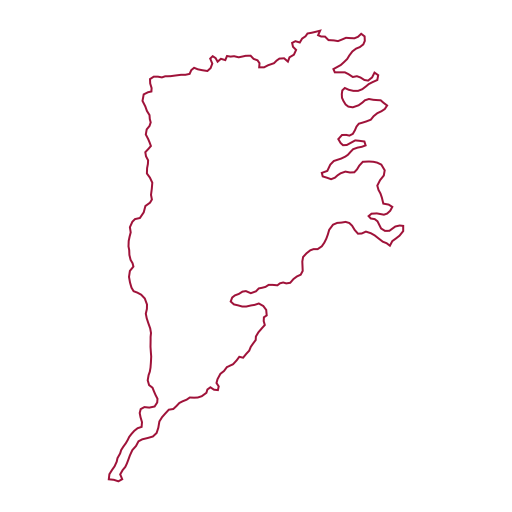 outline of Inimutaba, Minas Gerais, Brazil
{"feature_id": "56859067B29912856835593", "entity_name": "Inimutaba", "entity_type": "district", "adm_level": 2, "iso_a3": "BRA", "parent_name": "Brazil", "parent_adm1": "Minas Gerais", "projection": "mercator", "projection_center": [-44.274, -18.774], "detail": "fine", "context": "isolated", "style": "outline", "palette": "rose", "viewbox_px": 512, "rotation_deg": 0, "n_neighbors": 0, "source": "geoboundaries", "source_scale": "gbopen_adm2", "svg_char_len": 4986}
<svg xmlns="http://www.w3.org/2000/svg" viewBox="0 0 512 512"><path d="M389.9,245.7L392.3,241.1L395.9,238.5L399.5,235.7L403.2,231.1L403.2,225.9L399.7,225.5L395.3,226.5L392.0,228.9L389.4,230.8L385.0,230.9L381.1,228.5L379.2,224.7L377.5,221.3L374.7,219.1L370.8,218.5L368.6,216.1L371.5,213.7L376.8,213.4L380.7,214.1L383.9,214.7L387.1,213.6L390.2,210.8L392.3,206.9L388.7,204.6L383.3,203.6L381.9,197.7L380.5,193.6L378.5,189.9L377.3,185.6L380.1,180.1L383.8,175.5L384.7,170.3L381.3,164.6L377.1,162.6L373.5,161.8L368.9,161.5L362.8,161.8L359.3,165.6L357.0,169.4L354.3,172.3L350.0,172.5L345.4,171.6L340.6,173.3L337.6,175.3L334.9,177.7L331.1,179.2L326.9,177.7L322.7,176.4L321.8,172.9L327.3,170.9L330.3,164.6L333.8,161.0L337.4,159.8L341.1,158.6L345.3,156.6L347.9,154.8L350.5,151.9L353.1,149.2L357.6,147.6L361.8,146.8L365.6,145.4L364.4,141.5L359.3,140.8L355.2,140.4L351.2,142.6L346.8,145.0L343.0,145.2L340.6,143.0L338.3,139.1L342.0,135.0L346.2,134.9L349.4,135.6L352.8,133.9L354.9,130.3L356.5,126.6L358.8,123.7L362.3,122.7L366.1,121.5L370.8,119.7L373.6,116.2L377.3,113.2L381.5,111.2L384.8,109.0L387.1,105.5L383.3,102.6L380.7,100.3L377.3,100.1L373.3,99.8L368.9,99.0L364.9,100.3L362.5,102.5L358.6,105.3L352.8,107.3L348.3,106.6L345.6,104.5L343.4,100.9L342.0,97.8L341.8,94.1L342.3,90.4L344.8,88.0L348.8,89.8L353.5,90.9L358.0,90.9L362.3,89.2L366.1,86.3L368.7,84.1L372.6,82.1L377.3,80.0L378.2,75.2L374.5,72.6L372.1,77.4L368.1,80.6L364.4,80.0L360.5,77.5L356.9,76.2L352.8,77.0L348.4,74.1L344.8,72.3L340.6,72.3L334.8,72.3L333.4,69.1L337.4,66.9L340.8,65.0L343.9,62.2L347.2,59.0L349.3,55.5L352.4,51.4L356.1,48.6L359.8,47.1L363.3,44.4L364.8,40.9L364.6,36.4L361.2,33.8L358.0,36.8L354.4,38.3L350.1,38.1L346.0,37.8L341.8,39.6L338.0,41.1L333.8,40.4L328.5,40.1L325.0,36.6L321.1,36.5L318.1,35.2L320.1,30.7L315.7,31.8L311.9,32.7L307.5,33.5L305.5,36.3L302.1,38.6L299.8,42.5L295.4,41.2L292.1,42.9L293.0,46.8L296.1,49.9L293.9,54.7L289.5,57.3L287.9,61.6L284.1,58.3L279.4,58.6L276.6,60.6L274.0,63.2L268.2,65.2L264.1,67.3L259.2,67.3L259.5,63.2L257.5,60.3L253.6,58.9L250.6,55.7L245.7,55.8L242.6,56.5L238.7,57.3L234.1,56.2L230.5,56.6L227.0,56.0L225.3,60.1L220.9,58.8L217.6,61.7L215.6,58.1L212.7,56.2L210.2,58.6L212.3,63.6L210.6,68.1L207.4,71.0L202.2,70.2L197.8,69.3L194.1,67.8L191.3,70.1L189.6,73.9L185.4,74.8L181.0,74.8L175.5,75.5L170.3,76.2L165.1,76.3L161.9,77.4L158.1,76.7L153.7,76.7L150.0,79.1L150.2,83.5L151.6,88.1L151.4,91.5L148.1,92.2L143.7,94.4L142.5,100.9L145.3,106.4L146.9,110.9L149.5,115.1L149.8,119.1L150.7,122.4L149.5,126.0L146.7,129.4L145.8,134.5L148.1,138.9L149.5,142.2L150.9,146.0L148.4,148.9L145.3,152.2L146.0,156.3L148.1,160.3L147.9,164.0L147.1,168.1L146.9,173.5L149.9,177.6L152.3,182.7L151.8,188.7L151.0,194.9L151.9,199.5L150.0,202.7L145.4,206.0L143.7,212.4L139.9,218.0L135.0,219.1L132.4,221.7L129.9,227.2L130.7,232.4L129.6,236.6L128.7,240.9L128.5,246.4L129.2,250.1L129.4,255.0L130.6,259.9L132.6,263.3L133.4,266.6L129.9,270.9L129.0,276.9L130.0,282.5L131.5,287.7L133.6,291.2L137.3,292.6L141.2,294.7L144.8,298.5L147.0,304.5L146.9,308.9L145.8,313.7L146.7,318.2L148.3,323.1L150.2,328.4L151.0,333.0L150.6,336.9L150.6,340.7L150.5,346.8L150.9,352.7L151.2,356.6L150.9,362.6L150.5,367.7L149.8,371.7L148.6,375.1L147.7,380.3L149.1,385.1L152.5,387.7L153.9,391.2L155.5,394.9L157.5,398.8L157.2,402.5L154.6,406.5L149.3,407.6L144.4,407.1L140.7,409.1L139.7,413.0L140.5,417.1L142.0,422.2L141.6,426.9L137.6,428.2L134.3,430.8L131.6,433.8L129.2,436.9L127.7,440.0L125.9,443.1L123.3,446.7L121.2,450.0L120.1,453.5L117.5,458.1L116.7,461.7L114.6,466.3L112.0,470.0L109.4,474.2L108.8,479.3L113.8,479.8L118.4,481.3L122.2,479.2L120.2,474.4L122.7,470.0L125.3,466.9L126.9,463.5L128.3,459.8L129.9,455.4L132.4,450.0L136.0,446.0L138.5,441.3L142.3,439.3L147.7,438.0L152.9,436.5L156.6,433.0L158.3,427.8L159.4,421.4L162.1,417.1L165.1,413.7L168.8,409.7L173.3,409.0L176.5,406.0L179.3,403.0L182.6,401.3L186.6,399.7L189.8,397.5L194.1,397.7L197.8,397.5L201.8,396.2L206.4,392.8L207.4,389.5L210.4,387.3L214.0,389.7L217.9,390.1L218.7,386.4L216.5,383.0L217.5,379.2L220.4,373.8L224.0,371.0L226.9,367.1L233.1,364.2L236.7,360.3L239.3,356.8L243.1,357.7L246.3,353.8L249.2,350.7L250.8,346.8L253.1,343.5L255.7,340.0L255.9,336.5L258.4,332.3L262.0,328.1L264.8,325.0L263.7,321.1L263.9,317.3L266.7,315.4L266.2,309.9L263.3,306.0L258.8,303.5L254.6,304.9L251.2,305.4L246.4,306.5L242.1,306.5L238.2,305.4L233.9,304.4L230.7,301.5L232.2,297.5L234.9,295.4L238.9,293.9L242.5,291.6L245.9,291.1L250.8,293.2L256.0,291.3L258.8,288.4L262.0,287.8L265.5,286.9L268.6,284.9L272.9,284.9L277.4,285.3L280.0,283.3L283.2,282.5L286.3,283.4L290.2,282.8L293.5,279.0L297.0,276.4L300.7,274.7L302.7,270.9L302.5,266.1L302.3,261.5L303.1,257.0L306.5,253.3L310.3,250.3L313.6,249.1L317.7,249.1L321.8,246.3L324.3,242.7L326.3,238.7L327.8,234.6L329.2,229.8L333.0,224.7L337.2,222.9L341.4,222.6L345.6,221.9L349.3,223.0L352.1,225.7L354.7,230.0L358.0,233.7L361.7,233.5L365.9,231.6L370.8,233.2L374.7,235.4L378.9,238.7L382.8,241.7L386.6,243.2L389.9,245.7Z" fill="none" stroke="#9f1239" stroke-width="2"/></svg>